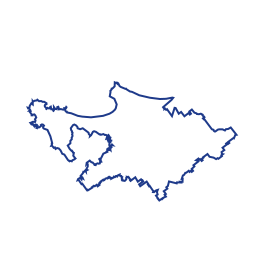 South Gippsland, Victoria, Australia (Natural Earth projection), rotated 135°
{"feature_id": "25037944B76361191538419", "entity_name": "South Gippsland", "entity_type": "district", "adm_level": 2, "iso_a3": "AUS", "parent_name": "Australia", "parent_adm1": "Victoria", "projection": "natural_earth1", "projection_center": [146.257, -38.699], "detail": "fine", "context": "isolated", "style": "outline", "palette": "blue", "viewbox_px": 256, "rotation_deg": 135, "n_neighbors": 0, "source": "geoboundaries", "source_scale": "gbopen_adm2", "svg_char_len": 5918}
<svg xmlns="http://www.w3.org/2000/svg" viewBox="0 0 256 256"><g transform="rotate(135 128 128)"><path d="M74.7,117.4L75.1,118.1L80.4,121.7L84.9,125.9L91.1,133.9L96.9,143.2L99.6,150.7L100.8,152.5L101.7,156.5L101.6,157.2L102.2,157.6L104.1,162.2L104.3,163.7L103.4,166.2L104.1,166.4L103.6,167.4L104.3,167.8L104.1,168.2L104.7,168.5L105.1,169.6L108.0,166.9L110.7,166.9L111.7,167.4L112.1,166.9L114.3,166.7L114.8,165.9L118.5,163.3L117.0,158.3L119.3,152.7L122.7,150.6L124.3,150.2L127.5,150.3L131.0,151.2L137.0,154.2L146.6,161.7L152.3,168.4L154.9,172.1L157.7,178.5L160.1,182.1L159.7,182.8L160.3,183.7L159.7,185.6L157.5,185.9L156.8,186.2L156.8,186.6L158.1,186.2L159.0,187.1L159.4,186.5L160.8,186.7L162.0,188.7L163.6,190.0L163.3,190.1L163.7,190.5L163.6,191.2L162.7,191.4L162.3,192.3L163.1,192.7L163.6,191.8L164.3,192.2L165.3,192.0L166.0,192.9L165.6,195.1L167.5,193.1L168.5,192.8L169.0,192.8L169.4,192.9L168.3,193.1L168.0,193.0L167.1,193.7L169.0,195.5L167.5,197.7L168.2,197.9L169.5,197.2L170.2,197.9L170.7,199.2L173.1,199.0L171.6,199.4L171.7,201.5L171.3,202.5L170.4,203.0L168.7,202.5L168.1,203.2L168.8,205.9L169.9,206.9L170.3,208.4L171.9,209.8L172.1,212.1L173.0,212.0L174.9,213.4L176.6,213.8L176.5,214.3L178.7,212.0L178.9,213.8L181.7,213.2L183.2,212.1L183.9,212.2L184.5,213.2L184.8,212.4L184.1,211.5L184.4,210.0L185.6,210.0L184.9,209.3L184.9,208.7L186.1,208.6L186.5,205.8L187.2,205.1L186.7,204.6L186.3,205.1L184.6,203.8L184.7,202.3L185.5,200.3L187.6,200.0L188.1,198.7L189.4,198.0L190.8,199.6L192.3,200.2L192.6,199.8L193.4,200.5L193.7,198.9L193.1,197.8L192.4,198.2L192.9,196.0L192.2,196.5L191.7,195.4L191.4,195.2L190.8,195.7L190.2,194.7L190.6,194.2L191.8,194.4L190.7,193.1L191.7,192.6L192.2,193.1L192.7,192.8L192.5,192.4L192.2,192.7L190.3,191.2L187.8,190.9L187.4,191.7L186.5,191.5L185.8,190.7L185.7,189.5L185.7,189.1L187.3,188.8L187.9,188.1L187.9,187.0L186.3,183.6L188.7,177.1L192.3,170.9L192.8,171.0L193.3,170.2L194.7,169.7L194.2,169.4L194.5,166.5L193.4,166.0L194.0,164.4L192.3,164.0L191.4,162.4L191.5,159.9L192.7,156.3L191.8,154.2L193.1,147.8L192.9,145.9L192.3,145.9L191.3,144.2L190.2,144.5L187.7,143.6L187.1,144.0L186.7,143.8L186.3,147.1L183.9,148.7L184.3,149.7L183.9,150.1L183.7,151.6L184.1,151.8L184.0,154.6L183.0,158.2L179.6,157.9L177.8,159.7L175.7,159.8L174.7,161.0L173.2,161.4L172.3,162.2L172.2,162.9L170.6,163.8L170.5,164.8L169.9,165.2L169.7,166.6L168.6,168.3L164.7,168.9L163.5,168.4L162.9,166.6L163.0,164.6L163.8,163.4L162.7,161.0L160.2,159.8L159.2,152.6L160.0,151.4L160.0,149.5L160.6,149.1L159.2,149.0L155.5,150.1L154.3,149.7L153.4,148.0L152.7,143.6L152.2,143.4L152.0,142.4L149.7,141.1L149.3,139.4L148.6,138.9L147.8,136.8L146.8,136.8L147.3,134.4L147.9,133.9L148.6,134.3L148.4,135.3L149.1,134.9L149.9,135.8L149.8,136.2L150.8,135.7L149.8,135.2L150.3,135.1L150.8,133.8L149.2,134.7L149.1,133.7L148.8,134.0L147.8,133.4L148.4,133.1L149.0,131.4L149.7,132.2L150.3,132.2L150.7,131.6L151.2,132.1L151.3,131.5L151.0,131.7L150.4,130.8L150.1,131.3L149.5,130.9L151.9,130.3L153.2,129.3L153.7,128.5L153.4,127.6L151.0,127.7L151.0,126.8L151.4,127.4L154.0,127.3L153.4,126.1L155.1,126.0L156.0,124.8L156.1,127.4L157.6,127.7L157.9,127.3L157.3,127.4L157.6,126.2L158.3,126.7L158.7,125.7L158.7,126.4L159.6,126.5L159.7,125.8L163.6,127.3L168.0,125.8L169.4,125.7L169.9,126.4L171.1,126.4L169.7,125.7L169.9,124.5L170.9,124.4L170.9,123.1L172.0,123.6L173.0,122.9L174.0,123.5L174.5,124.5L175.9,125.1L177.1,124.6L177.7,125.4L177.1,125.9L177.5,126.5L177.4,128.6L178.1,129.7L178.1,132.0L181.8,132.6L182.9,131.8L181.7,131.9L182.3,130.6L183.6,129.3L186.9,128.2L186.5,127.1L188.1,127.6L188.6,127.0L188.4,128.2L190.3,128.1L190.6,128.6L191.9,127.9L195.4,127.6L195.2,125.2L195.6,124.2L196.0,125.7L197.2,124.7L197.0,126.6L199.4,127.2L200.5,126.7L199.6,126.3L200.6,121.2L199.7,121.0L201.0,113.1L200.4,113.0L200.5,112.3L195.4,111.1L195.3,111.6L193.0,111.3L192.7,110.3L190.4,110.0L190.7,108.2L188.5,107.9L188.4,108.9L187.1,108.7L187.0,109.3L185.1,109.0L185.1,109.5L182.1,109.0L182.3,108.2L181.5,107.9L179.8,108.2L178.6,107.6L178.3,106.8L177.3,106.5L176.9,107.1L175.8,106.9L175.5,106.4L176.0,105.0L175.0,104.4L175.6,103.9L173.0,103.1L172.4,103.5L172.0,102.6L170.7,102.7L170.3,102.4L170.5,102.1L169.5,101.8L169.6,101.4L168.4,101.6L166.9,101.0L167.5,100.6L167.5,100.0L166.7,98.9L167.1,98.4L166.8,97.4L167.7,97.2L168.3,96.4L168.2,95.7L169.1,95.5L169.2,95.0L167.7,92.9L165.6,92.9L164.5,94.0L163.8,93.8L163.4,94.3L163.0,93.5L162.4,93.4L162.3,92.1L162.8,91.5L162.6,90.0L163.5,89.7L163.6,88.8L157.7,88.0L159.0,83.1L155.1,82.5L155.4,81.1L154.7,80.9L155.0,79.5L160.0,80.3L160.5,78.2L152.7,76.9L153.3,73.9L153.9,74.0L154.3,71.8L153.6,71.7L154.7,66.0L154.5,65.2L155.5,64.9L154.9,64.2L152.2,64.0L150.7,63.2L152.8,62.3L154.1,60.0L156.0,60.4L156.6,56.8L156.9,56.9L157.1,54.6L153.6,54.0L153.8,53.6L151.7,53.5L149.7,52.7L149.3,54.9L147.9,54.6L147.4,58.0L143.1,57.3L142.8,59.0L140.8,58.8L136.8,61.2L132.7,54.4L131.8,54.9L129.2,52.1L129.0,53.0L127.5,51.4L125.3,53.4L126.0,54.0L122.8,55.6L121.3,55.2L119.2,55.8L118.5,55.2L115.3,54.8L115.5,53.4L113.7,53.2L113.9,51.9L112.3,51.7L111.9,54.0L108.2,53.9L108.0,55.4L101.9,54.6L101.8,55.6L102.6,57.0L99.8,56.6L100.0,55.1L99.1,55.0L99.2,52.6L98.0,52.5L97.9,54.0L95.7,53.7L95.6,54.2L90.2,53.4L90.7,50.0L88.4,46.5L87.7,43.7L86.0,43.3L85.8,42.3L81.5,41.7L81.3,42.7L79.4,42.4L79.8,43.1L79.2,44.6L79.6,44.9L75.5,44.3L75.1,47.2L69.9,46.5L69.7,47.6L68.3,47.4L68.5,46.0L67.0,45.8L66.8,47.3L60.2,46.3L60.2,45.9L57.1,47.2L56.1,46.5L55.0,55.7L57.9,56.5L59.6,57.9L61.2,57.7L62.1,60.2L64.5,62.6L65.6,63.3L68.7,63.8L69.2,64.3L69.3,65.3L68.8,66.3L69.6,67.8L67.8,80.3L68.2,80.4L68.2,81.8L66.3,81.6L66.2,82.3L66.5,82.4L66.2,85.0L65.9,85.0L66.4,86.6L68.1,87.6L69.4,89.2L69.2,89.9L70.2,91.9L69.8,95.9L72.9,96.3L73.4,93.6L74.8,93.8L74.6,95.7L79.8,96.4L79.1,101.8L82.0,102.2L80.2,108.5L80.8,109.3L88.5,105.3L87.1,113.7L88.2,113.9L88.2,115.6L88.8,115.7L88.2,116.2L88.7,116.7L88.5,117.9L77.4,117.1L74.7,117.4Z" fill="none" stroke="#1e3a8a" stroke-width="2"/></g></svg>